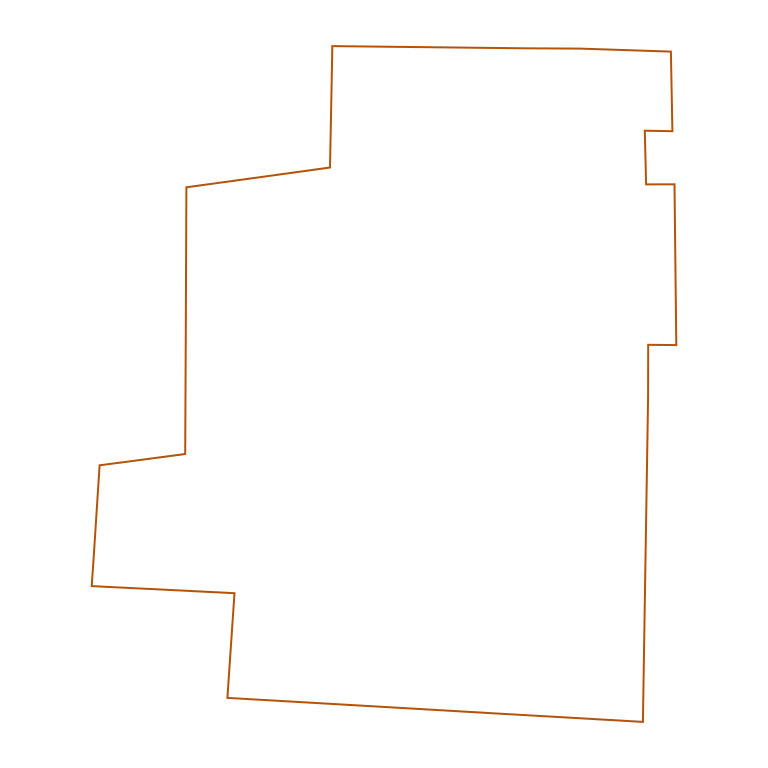 Morrow, Ohio, United States of America
{"feature_id": "52423323B2612836546555", "entity_name": "Morrow", "entity_type": "district", "adm_level": 2, "iso_a3": "USA", "parent_name": "United States of America", "parent_adm1": "Ohio", "projection": "natural_earth1", "projection_center": [-82.803, 40.529], "detail": "fine", "context": "isolated", "style": "outline", "palette": "amber", "viewbox_px": 768, "rotation_deg": 0, "n_neighbors": 0, "source": "geoboundaries", "source_scale": "gbopen_adm2", "svg_char_len": 406}
<svg xmlns="http://www.w3.org/2000/svg" viewBox="0 0 768 768"><path d="M93.6,558.7L91.7,586.1L234.5,593.2L227.4,697.9L498.4,713.6L642.9,721.9L648.1,396.2L648.2,344.8L676.3,345.1L674.5,184.3L646.1,184.4L644.8,130.7L672.4,131.2L670.9,51.6L580.1,48.6L524.3,48.3L332.3,46.1L332.1,59.7L330.0,167.5L186.4,187.3L185.8,330.2L185.2,454.0L99.6,465.3L93.6,558.7Z" fill="none" stroke="#b45309" stroke-width="2"/></svg>